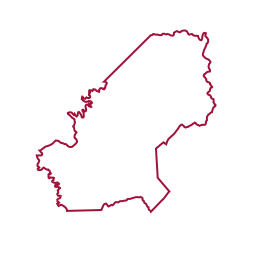 outline of Moronou, N'zi-Comoé, Ivory Coast, rotated 348°
{"feature_id": "98640826B53162767921513", "entity_name": "Moronou", "entity_type": "district", "adm_level": 2, "iso_a3": "CIV", "parent_name": "Ivory Coast", "parent_adm1": "N'zi-Comoé", "projection": "natural_earth1", "projection_center": [-4.266, 6.594], "detail": "fine", "context": "isolated", "style": "outline", "palette": "rose", "viewbox_px": 256, "rotation_deg": 348, "n_neighbors": 0, "source": "geoboundaries", "source_scale": "gbopen_adm2", "svg_char_len": 5718}
<svg xmlns="http://www.w3.org/2000/svg" viewBox="0 0 256 256"><g transform="rotate(348 128 128)"><path d="M155.3,198.7L146.7,182.9L151.1,153.9L159.7,149.4L161.9,151.9L163.7,149.0L165.4,147.1L171.9,143.3L176.8,139.1L179.2,136.6L180.9,135.8L181.4,135.9L182.7,137.2L183.4,138.8L184.4,139.5L186.2,139.2L186.9,139.4L188.6,138.7L191.0,138.2L192.1,137.4L193.8,137.0L194.4,136.6L195.0,137.0L195.8,138.6L196.8,139.5L197.3,139.7L198.3,140.7L200.5,140.3L204.2,140.8L205.0,139.9L205.8,137.7L206.8,136.9L207.4,134.0L207.8,133.2L209.3,131.7L210.6,131.2L212.0,130.2L213.4,130.0L214.2,128.2L215.8,125.8L216.9,125.0L217.6,124.9L218.2,124.4L218.3,123.3L217.7,123.0L217.5,121.8L216.9,120.5L217.3,119.9L217.6,118.5L217.5,117.4L216.0,116.5L215.4,115.3L215.7,114.4L215.4,113.7L214.7,112.8L214.0,112.4L213.3,111.9L212.8,110.9L213.1,110.2L213.7,109.7L215.6,108.9L216.8,106.3L217.7,105.8L218.6,105.7L218.8,105.5L218.8,105.1L217.3,102.1L217.3,101.8L217.6,101.5L217.3,100.7L216.6,100.1L215.5,99.6L214.6,98.6L214.5,97.6L214.7,96.9L214.6,96.4L214.1,95.0L213.1,93.6L212.9,92.8L213.0,92.2L214.1,91.1L214.9,91.0L215.8,90.3L217.3,89.7L218.4,89.6L219.8,89.8L220.2,89.3L220.2,88.1L219.5,86.1L219.6,84.4L220.8,82.1L221.8,81.4L222.4,80.7L222.0,79.4L221.4,78.3L220.5,77.4L218.4,75.9L216.5,72.9L216.4,72.2L216.8,70.8L217.6,69.6L218.5,67.7L220.4,65.3L222.2,62.7L222.4,61.8L223.7,61.3L224.5,59.7L224.8,58.0L223.7,55.5L222.8,54.3L223.0,53.1L223.8,51.9L223.8,51.3L223.6,51.2L222.3,50.8L221.4,51.2L219.9,53.4L219.6,54.1L219.5,55.3L218.8,56.5L218.2,57.2L217.7,57.4L216.8,56.8L216.0,55.3L215.8,54.7L215.6,52.5L214.9,52.5L214.0,51.9L212.6,51.7L212.1,51.3L211.5,51.2L210.8,50.6L210.3,49.5L210.0,49.4L208.6,49.3L207.2,49.4L206.5,48.5L206.2,47.1L205.6,45.6L204.2,44.5L201.5,44.1L200.3,44.4L199.8,44.9L199.1,44.9L198.5,45.2L197.7,44.8L196.4,43.6L195.6,43.4L192.8,44.3L192.3,46.3L191.2,47.0L190.2,46.8L189.0,46.3L188.3,45.6L186.6,44.4L186.2,44.2L184.9,44.5L183.0,43.3L181.4,43.1L180.5,44.0L180.0,44.1L178.1,43.7L176.1,42.7L174.2,42.4L172.7,41.4L171.8,41.5L171.3,42.1L169.6,42.0L114.3,77.6L114.9,77.7L115.4,78.3L115.8,78.3L116.3,79.0L116.6,79.8L116.2,80.5L114.9,81.7L114.7,82.1L114.7,82.5L114.1,83.7L113.5,83.8L113.5,84.6L112.8,85.2L111.9,84.9L110.7,83.6L109.2,83.3L107.6,84.8L107.5,86.2L107.1,86.6L105.0,85.2L104.1,83.6L103.3,83.5L102.6,83.2L102.5,82.9L101.9,83.0L101.4,83.5L101.1,84.3L100.8,84.4L100.1,83.7L98.3,83.0L97.8,83.3L97.7,84.2L97.4,84.8L97.5,85.1L98.1,84.3L98.3,84.5L98.5,85.0L98.3,85.4L97.7,85.9L97.4,86.8L97.2,87.0L96.9,86.8L96.8,87.1L96.7,87.9L97.3,88.1L97.6,89.2L97.3,90.1L96.5,90.7L94.5,90.1L93.7,89.4L93.3,89.6L92.4,90.5L91.6,90.3L90.9,89.7L90.0,88.0L89.8,87.8L89.2,88.6L89.2,89.7L88.8,90.2L89.5,91.0L89.8,92.0L91.0,92.8L91.8,93.6L94.7,93.8L95.2,93.4L96.4,93.8L96.8,94.4L97.4,94.5L97.7,94.7L98.0,95.9L97.2,96.1L97.1,96.5L96.7,96.7L95.3,96.0L95.0,96.0L95.4,97.9L96.2,99.2L96.5,99.3L96.6,100.5L96.0,99.5L94.4,98.7L94.2,98.0L93.1,96.7L92.5,96.5L91.6,96.8L91.0,97.8L90.8,98.7L91.0,100.9L90.6,102.1L90.2,102.7L89.0,102.9L88.6,102.7L88.3,102.4L88.6,101.8L88.3,101.0L88.1,100.8L87.2,100.8L87.0,101.0L87.0,101.8L87.6,103.0L87.7,103.9L87.4,105.7L87.4,106.9L86.7,108.2L86.1,108.5L85.4,108.2L85.0,107.8L85.1,106.5L84.8,105.8L84.8,105.3L84.5,104.9L84.4,104.0L83.4,102.2L82.6,102.2L81.9,103.4L81.2,105.4L80.6,105.8L80.0,106.0L79.3,105.1L78.7,103.1L77.9,104.1L77.6,103.9L76.8,102.2L76.2,101.4L75.7,101.0L75.1,100.7L73.4,100.5L72.3,100.8L72.2,101.6L72.6,102.4L73.8,103.4L74.8,105.3L75.8,106.7L77.2,108.0L77.5,108.7L77.2,110.0L77.4,111.2L76.7,112.6L75.6,114.3L74.7,114.9L74.9,115.8L75.3,116.1L75.2,118.9L75.4,119.8L75.7,120.4L76.4,120.8L76.7,121.4L74.4,123.9L74.0,124.8L73.8,125.7L73.9,126.7L75.0,128.1L75.4,130.4L75.2,131.0L73.5,132.6L69.4,134.8L67.5,134.6L66.6,134.1L65.4,133.2L64.3,131.2L64.0,130.9L62.4,130.4L60.8,129.1L59.3,128.6L57.2,126.1L54.7,125.2L50.8,127.7L47.4,128.7L43.3,129.1L37.5,131.8L36.9,131.7L38.0,133.8L38.6,134.5L38.7,135.9L37.9,136.7L37.5,136.8L35.0,136.2L34.1,136.3L33.1,135.9L33.0,137.2L33.6,139.6L34.3,140.7L34.4,141.5L33.5,143.1L32.5,144.1L31.7,145.3L31.6,146.2L32.1,146.9L32.7,147.5L33.0,148.3L31.5,148.8L31.2,149.1L31.3,150.0L31.6,150.4L32.1,150.7L33.8,150.9L35.0,150.7L35.8,149.9L37.3,149.2L39.6,151.5L40.6,152.0L41.3,152.1L41.3,152.5L42.4,153.4L42.4,155.0L43.1,156.3L43.0,156.6L42.2,157.0L41.0,156.6L40.6,156.8L40.4,157.3L40.4,158.2L40.0,159.7L40.1,160.4L40.7,160.8L41.7,160.2L42.2,160.3L43.0,160.7L44.6,161.0L45.2,161.4L45.2,161.8L44.6,162.2L44.3,163.4L43.0,163.9L42.7,164.3L42.9,165.1L44.0,166.0L46.0,166.7L47.7,166.6L48.9,168.2L48.7,168.6L47.5,169.0L47.0,169.0L45.9,168.4L45.2,168.5L44.5,169.8L44.7,170.4L45.2,170.6L47.5,171.0L47.8,171.5L48.9,172.2L49.1,172.6L48.9,172.8L48.1,172.8L47.4,173.5L47.3,174.0L46.3,174.4L46.4,175.9L46.3,176.9L45.4,177.4L45.1,177.8L45.1,178.5L45.6,179.8L47.1,180.0L48.0,180.4L47.4,181.9L47.1,182.2L46.6,182.5L45.1,182.7L44.0,183.3L43.8,185.1L44.2,185.8L45.1,186.5L45.2,186.8L44.2,187.1L43.3,187.0L43.0,187.2L43.0,187.7L43.6,188.6L43.6,189.2L43.9,189.9L45.6,189.3L46.8,189.3L47.8,189.9L48.9,191.2L49.6,191.7L50.7,193.5L51.1,194.4L51.3,195.6L51.1,196.4L84.9,202.7L85.8,201.3L88.2,198.1L88.9,197.6L90.7,197.3L91.7,198.8L92.1,200.2L92.6,200.7L94.6,200.2L95.3,199.8L96.0,199.8L96.6,200.3L97.1,200.3L100.2,198.0L101.2,198.1L103.0,198.7L104.9,197.9L106.9,198.3L109.8,198.3L111.0,198.6L111.7,198.4L112.7,197.4L113.1,197.4L115.8,197.8L118.4,197.4L119.5,197.5L121.0,197.2L122.6,197.5L124.5,198.2L125.7,198.0L127.0,198.8L127.5,199.4L127.6,199.9L127.3,201.1L127.4,201.7L128.3,202.7L128.4,204.1L128.8,205.0L129.6,205.5L130.0,206.2L130.2,207.5L130.8,209.3L131.6,209.8L131.3,211.0L131.5,212.3L133.1,214.2L133.1,214.6L147.0,205.2L147.4,205.2L153.7,199.8L155.3,198.7Z" fill="none" stroke="#9f1239" stroke-width="2"/></g></svg>